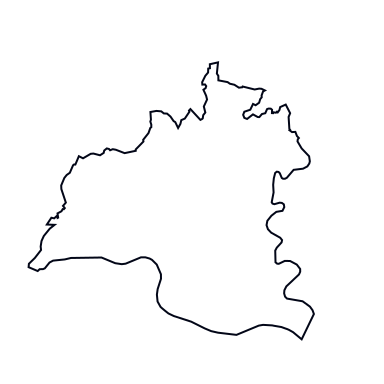 Limerick City West Lea-7, Limerick, Ireland, rotated 192°
{"feature_id": "5873133B63179188649411", "entity_name": "Limerick City West Lea-7", "entity_type": "district", "adm_level": 2, "iso_a3": "IRL", "parent_name": "Ireland", "parent_adm1": "Limerick", "projection": "mercator", "projection_center": [-8.718, 52.624], "detail": "fine", "context": "isolated", "style": "outline", "palette": "ink", "viewbox_px": 384, "rotation_deg": 192, "n_neighbors": 0, "source": "geoboundaries", "source_scale": "gbopen_adm2", "svg_char_len": 2976}
<svg xmlns="http://www.w3.org/2000/svg" viewBox="0 0 384 384"><g transform="rotate(192 192 192)"><path d="M198.9,73.1L198.4,72.8L197.2,72.1L193.6,70.2L189.8,68.3L184.0,66.9L165.8,65.0L151.1,61.2L144.3,59.9L137.3,59.8L118.8,61.5L98.9,75.2L94.9,76.8L85.8,78.2L84.0,78.2L76.5,78.5L72.2,77.9L70.4,77.7L68.5,77.3L64.0,75.9L54.1,70.7L47.4,98.0L49.5,101.4L52.8,104.4L61.1,108.1L76.9,107.5L79.2,109.0L80.8,112.0L81.2,115.1L80.1,119.3L70.2,133.6L69.6,136.5L70.2,139.2L74.4,142.8L81.7,144.9L86.9,143.9L92.2,139.8L93.8,139.6L95.7,140.6L98.4,152.0L97.5,155.2L93.9,161.3L93.9,163.7L96.2,165.6L106.1,168.7L110.0,171.4L112.2,175.1L112.3,179.5L109.4,185.3L105.4,190.1L99.6,192.4L98.6,196.4L99.6,199.0L101.8,200.0L104.0,199.8L108.9,197.2L110.8,197.4L111.9,198.5L112.1,208.5L114.1,215.9L114.8,222.4L114.6,227.9L113.3,229.5L111.5,229.6L110.0,228.6L107.1,224.4L105.7,223.9L103.8,224.3L102.2,225.6L97.2,234.8L88.2,237.9L84.5,241.0L83.2,244.2L83.1,246.5L84.9,251.3L93.8,257.4L99.3,263.4L99.5,265.5L98.7,267.0L101.0,268.6L103.4,272.3L106.6,271.4L109.5,272.7L109.1,273.3L109.9,274.0L113.1,285.5L112.4,289.5L118.5,297.0L123.4,293.4L123.5,290.4L124.7,287.7L125.6,288.2L126.4,287.0L128.9,286.9L129.0,286.0L130.2,285.8L130.8,289.1L132.3,289.9L134.5,289.5L135.8,288.7L136.7,284.3L139.8,282.8L141.7,279.3L143.3,279.0L148.5,280.6L153.3,274.9L156.2,275.4L158.0,278.1L157.5,281.4L152.1,284.6L150.6,290.8L147.8,290.1L144.9,293.3L144.6,297.0L143.5,299.1L144.0,300.9L143.4,305.1L141.8,306.5L145.5,307.4L147.8,307.1L152.0,305.3L164.4,305.7L164.6,304.9L167.8,303.8L172.8,305.7L177.5,305.8L180.0,306.9L189.4,306.7L190.4,311.1L192.3,313.0L193.5,324.2L201.1,320.7L200.2,316.8L201.8,316.1L201.1,312.2L203.1,308.5L204.9,301.5L204.2,299.2L201.6,299.9L200.1,298.5L200.3,296.4L202.1,294.4L198.2,289.1L196.5,285.6L198.2,278.1L195.5,272.5L197.0,269.5L196.8,266.2L197.4,265.4L198.8,264.3L210.8,272.8L211.9,271.0L211.2,270.0L214.3,262.3L217.4,260.1L217.5,256.2L218.9,251.7L222.9,256.9L224.7,257.5L228.7,261.3L232.7,263.5L235.9,263.0L238.8,264.5L243.7,263.9L249.3,261.6L247.2,254.2L247.4,252.2L245.8,249.4L245.3,246.9L246.1,246.0L246.8,240.6L250.6,232.9L250.0,231.3L255.9,221.9L255.6,220.6L266.0,216.0L275.3,217.5L278.4,217.4L280.8,215.8L282.1,216.8L284.4,216.9L286.5,214.3L286.5,211.9L289.6,208.8L296.4,209.1L299.0,208.3L305.6,202.3L310.1,203.5L311.8,194.6L313.1,194.4L313.9,193.4L315.5,185.4L318.1,182.6L319.8,179.2L321.3,171.2L320.4,167.7L313.2,155.4L315.3,151.6L313.1,149.8L313.8,148.5L314.9,148.4L315.7,146.0L319.1,143.1L317.6,139.1L318.1,138.7L319.0,140.8L321.3,137.6L324.2,137.6L327.2,130.0L319.6,131.3L323.5,126.6L327.8,118.2L329.0,112.8L328.7,107.2L327.6,103.9L332.0,94.8L336.6,87.9L336.2,84.5L326.5,82.6L325.0,84.8L321.7,85.6L320.1,86.7L316.7,93.4L313.6,96.0L302.4,99.6L296.7,102.3L266.9,109.1L252.3,106.4L245.7,106.8L242.0,108.1L228.3,117.5L224.1,118.4L219.6,118.1L217.0,117.3L211.4,113.7L205.3,105.1L204.3,100.7L205.4,89.9L205.0,84.3L202.9,77.7L198.9,73.1Z" fill="none" stroke="#020617" stroke-width="2"/></g></svg>